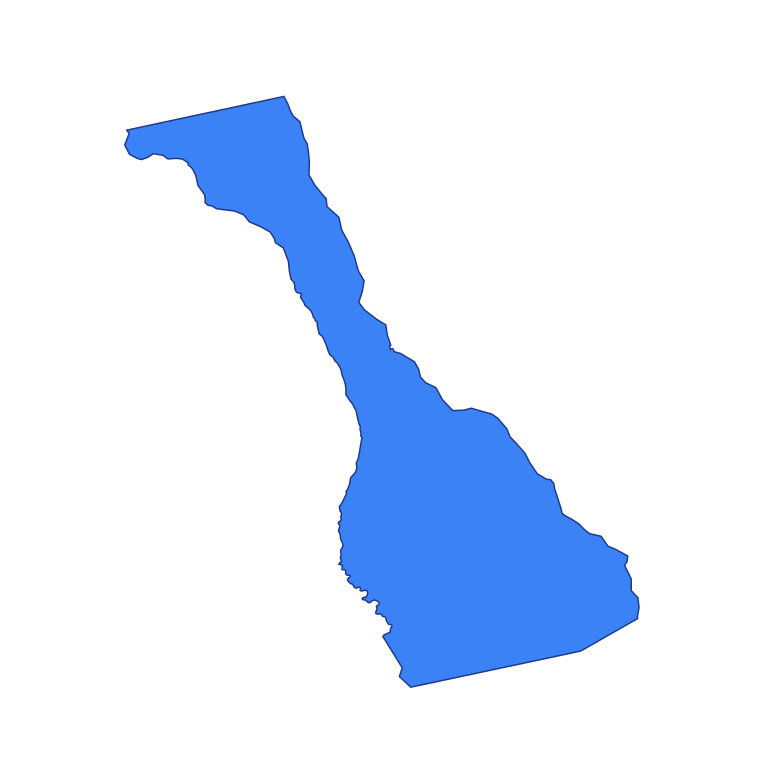 Amador, California, United States of America (Equal Earth projection), rotated 258°
{"feature_id": "52423323B77111199665921", "entity_name": "Amador", "entity_type": "district", "adm_level": 2, "iso_a3": "USA", "parent_name": "United States of America", "parent_adm1": "California", "projection": "equal_earth", "projection_center": [-120.611, 38.464], "detail": "fine", "context": "isolated", "style": "filled", "palette": "blue", "viewbox_px": 768, "rotation_deg": 258, "n_neighbors": 0, "source": "geoboundaries", "source_scale": "gbopen_adm2", "svg_char_len": 3684}
<svg xmlns="http://www.w3.org/2000/svg" viewBox="0 0 768 768"><g transform="rotate(258 384 384)"><path d="M685.8,185.2L685.3,185.3L682.1,186.9L671.8,180.1L661.6,182.8L655.7,189.9L653.9,193.7L654.9,200.2L657.2,206.2L654.7,212.8L653.8,215.3L649.1,219.4L647.9,227.7L645.9,233.7L640.9,238.5L639.1,238.0L637.2,239.5L634.1,241.5L627.2,243.3L616.9,243.3L606.6,247.8L601.9,247.6L598.7,246.7L595.4,249.0L594.0,252.6L590.3,256.7L588.1,262.7L584.3,273.8L578.5,282.1L570.5,286.1L563.7,295.8L556.3,304.3L549.0,307.0L544.7,307.2L537.9,313.9L523.6,316.0L514.6,314.9L506.1,314.8L502.7,316.8L499.8,317.3L496.3,316.7L493.6,316.9L491.6,317.9L490.0,320.9L489.0,322.0L487.5,321.0L486.0,320.3L483.6,321.4L480.1,322.7L477.4,323.0L474.5,325.2L471.9,327.1L468.8,328.3L466.4,328.7L463.9,328.8L461.9,330.1L460.1,330.0L458.5,331.5L455.1,330.9L446.5,331.0L443.5,333.5L439.2,334.7L435.3,335.4L431.5,335.9L427.8,336.3L423.8,337.1L421.0,339.7L416.5,340.9L414.3,342.7L410.5,343.9L407.1,344.9L404.2,344.9L401.1,344.9L398.5,345.5L395.8,345.8L392.4,346.1L387.9,345.9L384.8,345.3L381.3,344.5L378.2,345.8L375.1,347.0L371.3,349.0L368.9,349.7L366.7,350.1L364.2,351.1L361.0,351.1L358.8,351.1L356.2,351.0L353.3,351.2L349.7,351.3L347.9,352.0L346.0,351.5L343.8,351.1L340.9,351.4L338.4,350.5L335.9,351.2L331.0,349.2L323.7,346.3L316.5,343.4L312.3,340.4L307.2,340.0L303.3,337.4L299.1,331.8L295.2,330.3L292.3,329.0L288.6,326.5L286.7,324.5L284.8,324.8L280.9,321.6L277.0,318.7L273.2,314.8L268.8,314.6L267.3,315.6L265.1,315.2L263.1,314.0L260.4,314.1L258.4,312.2L258.7,311.3L256.9,310.3L254.8,311.5L249.7,308.9L246.1,309.9L241.6,309.3L237.6,310.2L234.4,310.4L230.2,307.0L227.5,306.7L225.4,306.4L223.0,305.1L219.0,305.6L218.5,303.7L217.1,302.4L215.4,305.6L212.2,304.5L211.1,304.4L210.7,305.8L210.6,306.7L209.5,307.6L206.3,307.1L204.6,308.1L204.3,310.0L203.6,311.0L202.2,310.5L202.0,309.2L200.8,308.1L199.5,307.5L198.1,308.2L196.9,309.0L195.6,309.8L194.8,311.8L192.8,312.1L191.5,312.7L190.4,313.6L190.1,315.5L190.7,316.8L190.4,318.3L188.5,318.4L187.2,317.7L186.3,318.6L186.2,319.4L186.1,322.1L186.1,323.5L184.5,324.7L182.3,324.4L180.4,323.3L179.2,321.6L179.5,320.6L179.2,318.5L178.4,318.0L177.2,318.7L176.8,320.6L174.8,322.2L173.4,323.1L173.1,325.2L174.2,326.8L174.8,329.3L174.1,330.8L172.9,332.6L171.0,333.7L169.9,333.7L169.0,332.6L168.9,331.4L167.6,330.2L166.8,330.4L165.5,330.5L162.9,328.7L161.7,328.2L160.6,328.9L160.3,330.3L159.4,333.5L157.2,334.2L156.0,336.6L154.8,337.2L153.0,337.0L151.5,337.2L149.6,337.9L147.8,338.6L147.4,340.8L146.6,341.4L145.0,341.2L144.3,340.1L141.5,338.8L140.1,338.4L139.6,337.0L139.5,336.2L138.9,333.7L138.7,332.2L137.4,330.5L135.8,330.7L135.1,331.2L102.6,342.8L94.6,338.2L81.9,347.2L81.9,520.8L101.8,583.3L103.8,583.5L112.4,587.0L122.1,587.9L130.4,582.9L142.0,585.3L156.4,581.6L159.9,584.9L165.1,586.6L169.2,581.9L174.4,575.8L178.8,569.3L189.9,564.7L194.8,554.1L199.3,550.2L206.8,545.4L212.3,539.9L216.6,534.8L220.4,531.3L224.7,531.3L235.0,530.3L246.4,529.1L251.3,529.4L255.7,527.2L257.1,523.1L264.2,515.3L276.2,510.4L287.2,507.4L299.5,500.4L306.1,496.3L315.0,494.7L326.9,488.1L332.3,483.0L337.5,473.0L342.2,464.3L341.8,456.7L343.7,445.8L356.3,438.0L369.6,434.0L376.6,425.0L383.2,421.1L391.1,421.0L399.4,418.4L410.4,406.6L413.7,400.3L415.6,400.5L416.9,399.6L416.5,397.4L419.5,397.2L420.6,398.7L431.1,397.4L441.5,398.0L448.9,390.2L460.5,380.3L469.1,376.3L478.8,381.9L489.0,386.0L500.0,382.4L515.3,381.5L529.4,378.8L543.5,374.6L556.4,374.5L564.2,368.9L569.4,365.1L577.3,366.0L582.8,362.8L593.3,357.5L604.2,354.1L616.8,357.2L626.8,358.3L634.9,358.8L641.1,356.8L649.6,356.5L657.9,356.3L664.9,350.9L670.9,349.2L678.2,348.1L686.1,345.9L685.8,185.2Z" fill="#3b82f6" stroke="#1e3a8a" stroke-width="1.5"/></g></svg>